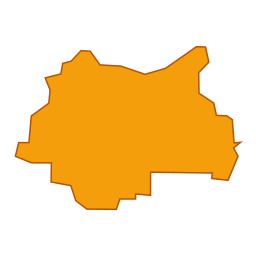 Lewis, Tennessee, United States of America (Natural Earth projection)
{"feature_id": "52423323B63074123896929", "entity_name": "Lewis", "entity_type": "district", "adm_level": 2, "iso_a3": "USA", "parent_name": "United States of America", "parent_adm1": "Tennessee", "projection": "natural_earth1", "projection_center": [-87.489, 35.529], "detail": "fine", "context": "isolated", "style": "filled", "palette": "amber", "viewbox_px": 256, "rotation_deg": 0, "n_neighbors": 0, "source": "geoboundaries", "source_scale": "gbopen_adm2", "svg_char_len": 636}
<svg xmlns="http://www.w3.org/2000/svg" viewBox="0 0 256 256"><path d="M45.2,77.9L50.1,90.0L48.8,103.2L31.3,116.0L28.9,142.6L18.7,142.6L15.4,156.3L31.3,162.8L51.4,162.9L51.1,182.0L70.8,185.6L75.9,200.8L86.8,209.1L116.3,209.3L119.9,199.0L135.6,199.0L135.6,194.0L150.5,195.3L150.6,172.2L212.3,173.0L211.7,178.5L228.0,180.3L238.0,156.3L233.6,147.9L240.6,142.3L234.1,142.9L232.3,119.7L226.7,115.8L216.4,115.4L213.8,103.1L199.0,93.3L198.7,72.6L208.8,62.2L205.5,47.0L196.4,46.7L165.6,68.3L145.0,74.3L120.8,66.1L100.0,64.9L90.2,51.2L81.1,50.6L71.0,61.2L62.7,63.4L60.9,73.9L45.2,77.9Z" fill="#f59e0b" stroke="#b45309" stroke-width="1.5"/></svg>